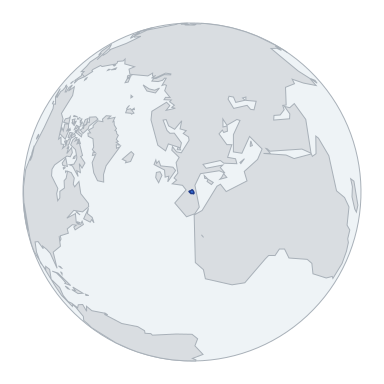 the Earth from above Huesca, rotated 317°
{"feature_id": "ESP-5825", "entity_name": "Huesca", "entity_type": "Autonomous Community", "adm_level": 1, "iso_a3": "ESP", "parent_name": "Spain", "parent_adm1": "", "projection": "orthographic", "projection_center": [-0.025, 42.135], "detail": "fine", "context": "on_globe", "style": "filled", "palette": "blue", "viewbox_px": 384, "rotation_deg": 317, "n_neighbors": 0, "source": "natural_earth", "source_scale": "10m", "svg_char_len": 10641}
<svg xmlns="http://www.w3.org/2000/svg" viewBox="0 0 384 384"><g transform="rotate(317 192 192)"><circle cx="192" cy="192" r="169" fill="#eef3f6" stroke="#a8b0b8"/><path d="M43.1,271.9L42.4,270.6L39.1,263.8L33.4,250.2L26.0,222.6L25.9,218.0L25.2,212.2L27.7,208.8L28.4,196.9L27.9,192.9L26.5,194.1L26.1,178.9L27.7,168.1L36.0,127.6L38.9,120.8L42.3,114.7L61.6,85.6L45.5,108.0L49.9,100.7L56.5,91.3L66.1,80.1L72.3,73.3L85.7,62.1L99.3,55.6L95.1,58.7L98.8,57.1L104.5,53.4L107.2,51.4L127.9,44.0L147.3,36.2L150.9,33.3L152.1,34.7L157.2,29.2L166.2,26.5L157.6,30.0L157.9,30.8L164.8,28.9L166.6,29.4L170.9,29.0L172.5,29.9L167.4,32.3L168.3,33.1L173.1,31.7L177.6,32.1L170.5,33.9L177.7,34.8L170.5,40.0L150.1,45.5L147.6,50.5L130.5,62.3L133.6,62.5L129.0,67.6L130.8,69.9L127.1,71.8L131.8,72.0L134.8,69.9L137.9,69.3L139.2,70.6L134.8,73.1L133.4,72.9L132.8,74.3L130.0,75.1L132.2,75.4L126.6,78.5L134.1,77.4L131.3,81.6L127.0,83.2L125.0,80.4L110.0,78.5L105.1,79.9L100.3,84.4L96.3,97.9L91.9,100.9L87.8,106.8L91.3,106.2L95.8,101.4L101.4,102.1L106.2,96.5L109.2,96.2L115.2,91.9L116.9,95.5L115.4,101.5L110.5,105.3L109.7,108.2L116.5,107.2L109.5,117.4L108.5,129.7L106.4,132.3L98.4,131.9L93.0,124.8L82.6,125.8L92.0,128.3L86.6,135.3L86.8,138.0L88.6,139.7L91.7,138.4L90.4,141.7L80.7,140.0L81.7,137.0L84.8,137.4L82.2,134.3L75.6,133.9L73.4,137.8L65.8,134.2L64.1,137.1L61.5,138.2L64.7,133.7L58.8,141.9L49.5,141.3L41.3,155.8L46.5,140.3L46.6,134.8L45.9,129.8L44.5,132.0L45.6,123.3L43.2,121.5L37.3,129.9L32.9,140.6L32.2,148.9L34.3,146.6L35.1,151.5L29.5,159.8L30.1,171.6L27.2,179.9L26.7,187.6L28.2,191.4L29.4,198.7L31.9,196.9L35.3,199.7L33.6,207.4L36.9,203.6L37.8,210.5L45.6,221.2L44.6,222.1L50.9,240.2L60.5,253.5L62.7,261.1L61.3,263.3L65.3,267.5L65.4,269.7L83.6,285.1L95.0,296.1L96.0,303.2L89.2,306.5L89.3,318.3L78.8,314.0L80.4,317.5L79.5,318.1L71.0,309.9L63.0,301.2L55.7,291.9L49.1,282.1L43.1,271.9ZM38.7,159.9L39.5,177.6L36.7,172.1L37.7,172.1L38.0,166.5L37.7,158.8L35.8,154.5L38.7,159.9ZM44.3,157.4L44.0,154.9L44.6,156.8L44.3,157.4ZM108.2,50.5L104.4,53.3L98.6,56.7L101.6,54.2L108.2,50.5ZM119.4,45.0L118.1,46.3L114.0,47.3L116.0,46.2L119.4,45.0ZM153.1,31.3L149.6,32.5L152.4,31.2L153.1,31.3ZM171.2,28.8L171.7,28.3L173.7,28.3L171.2,28.8ZM113.8,90.3L114.5,91.1L113.0,91.4L113.8,90.3ZM115.8,87.8L113.7,87.6L114.3,86.4L115.6,86.5L115.8,87.8ZM178.0,29.7L181.2,30.0L177.1,30.1L178.0,29.7ZM118.3,88.3L115.7,84.3L116.8,82.3L122.8,81.1L118.3,88.3ZM182.5,30.5L190.4,31.5L192.0,30.5L192.0,34.4L185.3,32.0L179.9,32.1L182.8,31.3L182.5,30.5ZM135.2,68.7L132.0,71.0L133.4,67.9L135.2,68.7ZM135.3,66.9L135.2,59.0L140.6,56.5L139.5,59.5L145.4,55.5L148.1,58.1L145.4,60.9L141.5,62.0L145.5,62.2L135.3,66.9ZM190.7,36.5L191.9,37.3L189.7,37.0L190.7,36.5ZM139.2,68.9L138.7,67.4L143.3,65.1L145.1,67.6L143.1,67.6L139.2,68.9ZM145.7,53.4L149.4,52.2L152.6,54.0L154.5,53.8L148.6,58.0L145.7,53.4ZM142.7,68.7L146.0,69.1L145.0,71.4L140.0,70.2L142.7,68.7ZM143.7,63.4L146.0,62.5L145.3,63.8L143.7,63.4ZM143.5,80.3L142.8,78.3L145.2,76.8L143.5,80.3ZM147.2,69.0L147.5,68.2L148.4,67.5L150.3,68.3L147.2,69.0ZM151.3,59.1L151.8,60.1L153.8,57.4L156.3,58.8L151.9,61.4L154.9,60.9L155.6,61.3L151.2,63.0L151.3,59.1ZM154.7,66.9L150.0,71.0L150.8,74.9L148.7,76.2L147.8,69.8L154.7,66.9ZM153.0,64.4L153.6,66.2L150.8,66.8L148.6,66.0L153.0,64.4ZM159.6,58.9L156.9,56.1L157.9,55.6L159.6,58.9ZM155.5,67.9L156.6,66.9L155.9,68.0L155.5,67.9ZM158.9,61.4L157.9,60.5L159.1,60.0L158.9,61.4ZM159.8,65.8L158.2,67.1L156.7,66.5L159.8,65.8ZM159.8,63.7L161.8,63.3L157.1,65.5L159.2,63.3L159.8,63.7ZM160.3,61.2L160.6,60.5L160.6,61.6L160.3,61.2ZM166.3,67.4L160.8,70.4L157.5,69.0L163.3,66.3L166.3,67.4ZM340.5,111.5L340.8,112.1L344.9,120.4L345.8,122.1L353.7,142.9L353.8,143.6L356.0,151.2L356.9,155.1L355.7,150.2L352.4,141.9L353.9,149.4L352.0,144.7L347.7,140.9L349.0,151.6L352.2,176.0L355.6,189.1L355.4,198.8L347.8,188.3L342.2,177.8L340.8,182.7L331.8,179.2L320.2,192.6L317.4,190.5L315.5,194.7L309.0,195.8L304.2,191.9L300.8,195.1L313.3,205.0L316.8,201.6L318.0,192.5L321.0,197.0L327.1,197.1L324.7,216.5L305.5,244.8L301.7,235.6L276.8,215.3L276.4,211.5L276.2,211.2L275.8,210.6L275.6,217.2L270.6,212.6L286.0,229.1L289.5,237.2L305.3,245.6L304.3,248.0L308.8,248.6L320.7,235.5L321.2,238.9L316.8,258.8L298.5,289.7L299.8,300.1L296.6,310.0L282.8,322.0L281.5,327.4L274.0,332.4L271.9,335.6L264.5,340.7L253.0,346.6L236.1,351.3L237.0,349.4L231.5,346.4L224.7,334.3L231.0,325.9L230.3,319.8L217.9,306.4L220.8,296.8L217.0,293.3L209.4,295.1L204.7,290.7L200.0,290.9L168.7,294.4L158.0,287.2L142.6,264.6L147.4,256.6L146.3,245.9L177.9,210.3L186.8,212.4L214.2,204.8L218.1,205.7L217.3,215.0L239.8,221.4L244.2,212.6L262.2,212.9L272.6,208.3L272.0,190.6L254.9,197.7L249.6,190.9L261.4,178.3L275.9,172.4L274.3,169.6L263.1,167.0L264.4,159.6L259.0,165.6L262.7,167.6L259.4,171.7L255.8,170.1L256.4,167.4L251.4,167.9L249.8,181.1L253.4,184.6L241.7,190.9L246.5,197.4L244.1,201.9L234.9,192.6L234.2,188.3L218.9,179.3L218.5,184.3L233.0,193.3L229.4,193.3L229.0,200.7L226.4,195.0L210.7,184.4L198.7,189.1L187.0,208.0L179.2,209.8L171.1,206.4L171.9,188.3L189.1,186.4L189.6,180.6L183.1,172.5L188.9,172.8L188.4,169.5L194.6,168.5L200.4,159.7L206.2,157.9L205.7,147.7L208.6,145.5L208.1,152.1L210.9,156.0L225.1,152.2L227.0,149.4L225.5,143.2L229.6,143.2L226.3,137.7L233.1,132.9L222.1,134.3L220.0,127.7L222.5,121.4L219.9,119.7L215.7,130.0L215.9,134.0L219.2,136.9L217.8,148.8L213.6,151.7L207.5,140.7L200.7,143.9L198.9,134.5L211.2,111.3L217.7,105.6L234.6,109.0L234.7,113.7L228.7,114.6L236.9,119.4L234.9,116.3L238.3,116.5L237.2,110.7L239.6,110.6L234.5,105.4L237.2,104.7L240.4,107.9L241.1,99.3L246.1,96.6L245.2,94.8L242.7,93.6L250.7,91.2L249.6,90.0L246.6,90.2L242.5,88.1L238.3,83.5L241.3,82.9L243.2,84.5L251.7,87.2L256.3,91.8L257.1,91.2L253.8,87.1L243.4,83.7L240.1,81.1L245.0,82.0L243.0,81.5L242.3,80.1L244.3,78.2L238.9,77.0L226.9,63.6L229.7,59.2L235.4,61.2L230.2,52.5L233.8,49.1L231.0,49.2L226.6,45.7L225.4,46.6L223.7,46.5L211.8,38.9L211.4,37.1L203.1,34.8L201.6,34.9L201.5,36.1L192.0,34.4L192.0,30.5L195.2,30.3L193.0,28.4L200.8,28.2L206.2,27.5L216.0,29.1L219.4,28.7L218.1,28.1L221.8,27.4L233.9,29.1L229.8,30.5L212.8,30.5L220.2,30.5L220.2,31.4L223.9,32.2L229.0,32.3L228.5,31.7L245.2,38.5L260.8,43.3L255.6,39.6L256.5,38.7L269.7,43.0L295.0,58.8L296.4,59.2L299.3,61.5L304.1,65.6L300.1,62.4L301.3,63.9L298.3,61.7L304.6,67.8L300.6,64.9L307.5,71.5L309.4,72.3L305.3,67.6L313.0,75.0L314.0,75.2L316.0,77.2L325.1,88.0L333.3,99.4L340.5,111.5ZM169.7,229.7L169.5,233.1L169.7,229.7ZM293.4,174.2L300.8,169.4L293.9,161.7L296.2,159.3L293.1,157.7L293.4,161.1L285.1,156.3L287.1,150.9L284.4,147.2L281.7,148.7L279.5,159.3L291.4,166.2L291.2,171.5L293.4,174.2ZM45.9,221.5L46.6,224.3L45.2,222.6L45.9,221.5ZM35.1,174.3L35.9,176.9L35.9,179.3L35.1,177.9L35.1,174.3ZM44.4,194.1L45.9,197.3L43.9,195.3L44.4,194.1ZM40.0,180.2L43.2,191.7L39.4,188.6L37.5,181.4L39.5,184.5L40.0,180.2ZM41.5,160.6L41.7,162.7L40.8,163.6L41.5,160.6ZM44.8,158.8L44.5,158.3L44.9,156.4L44.8,158.8ZM87.2,135.4L87.9,135.7L89.2,137.9L87.5,137.9L87.2,135.4ZM101.7,142.5L99.3,147.7L99.8,143.8L97.0,144.6L94.5,137.7L105.2,133.3L100.8,136.4L101.7,142.5ZM94.2,127.9L94.5,132.4L93.7,127.7L94.2,127.9ZM179.3,153.4L182.4,155.3L181.4,159.3L173.9,162.5L175.3,156.7L179.3,153.4ZM186.9,157.2L183.0,146.0L187.4,143.9L185.6,146.9L189.0,146.7L186.9,151.5L195.0,160.9L194.7,165.1L181.2,168.0L185.8,164.6L182.5,162.8L186.9,157.2ZM164.9,124.5L163.3,120.5L175.1,121.0L175.3,124.7L167.9,127.8L163.3,125.3L164.9,124.5ZM129.3,87.4L127.9,86.5L129.2,85.7L131.4,85.8L129.3,87.4ZM143.0,79.4L136.8,90.7L134.8,90.1L133.5,97.8L127.9,99.5L128.9,94.4L123.6,101.7L122.3,97.8L119.3,103.0L122.3,91.4L120.9,88.5L124.6,91.1L129.7,89.5L131.6,87.9L135.7,81.5L135.4,74.8L140.4,72.6L144.1,72.7L145.0,74.0L141.4,75.0L145.2,76.0L140.6,78.4L143.0,79.4ZM184.4,81.1L179.9,80.9L186.6,84.9L182.1,86.7L183.2,87.1L180.9,89.9L180.0,94.1L177.6,94.5L178.2,96.0L176.7,98.1L176.8,100.3L172.6,101.8L172.4,104.8L170.5,103.9L171.3,108.6L168.8,105.8L166.6,108.5L170.2,109.8L147.1,114.2L139.3,118.8L134.2,124.5L130.6,119.3L133.2,111.0L139.0,102.4L147.0,98.9L144.0,97.4L146.9,95.4L148.1,97.4L148.0,93.1L150.7,92.1L155.9,85.5L154.1,80.4L156.0,78.0L158.1,79.5L158.5,76.2L163.7,77.4L165.1,75.9L171.7,75.7L174.8,79.8L176.2,77.7L181.3,77.7L184.4,81.1ZM168.2,67.5L173.0,71.5L172.9,74.6L161.5,73.6L159.5,74.9L152.2,74.8L152.5,70.4L154.5,70.8L156.6,70.2L155.7,71.8L158.0,70.1L160.9,70.7L163.4,69.5L164.3,71.1L168.2,67.5ZM221.0,201.7L223.7,201.5L227.6,200.2L227.4,205.1L221.0,201.7ZM210.2,194.6L212.4,193.6L214.1,199.5L211.3,199.8L210.2,194.6ZM212.2,188.3L212.4,193.1L210.6,190.7L212.2,188.3ZM210.0,151.0L212.2,149.7L213.0,151.1L212.4,153.5L210.0,151.0ZM203.4,94.7L200.8,93.8L201.1,92.9L197.5,88.8L200.5,87.3L203.9,89.2L203.4,94.7ZM269.9,194.7L267.8,199.2L265.8,198.4L267.0,197.0L269.9,194.7ZM247.2,203.1L253.1,203.4L247.1,204.5L247.2,203.1ZM206.1,92.5L204.2,90.9L206.9,91.2L206.1,92.5ZM202.6,86.1L205.4,86.0L200.5,86.7L202.6,86.1ZM317.8,294.5L304.3,314.8L298.5,318.8L299.4,315.5L305.7,304.7L313.0,297.4L317.1,290.5L317.8,294.5ZM356.0,189.7L358.1,194.2L357.7,197.8L356.0,189.7ZM229.3,80.3L231.0,87.4L234.1,92.1L239.1,93.8L232.8,94.6L227.9,87.4L229.3,80.3ZM226.9,65.6L222.5,64.5L223.9,63.2L225.1,63.3L226.9,65.6ZM224.6,66.1L220.3,68.1L217.6,66.4L221.5,65.1L224.6,66.1ZM213.4,79.7L213.6,81.9L211.5,81.5L213.4,79.7ZM275.3,45.0L274.7,44.6L271.1,42.7L271.5,42.9L275.3,45.0ZM273.3,43.9L264.9,40.0L260.7,37.7L261.6,38.0L267.2,40.7L269.1,41.7L273.3,43.9ZM261.6,38.5L263.3,39.6L254.6,38.4L251.7,37.6L256.1,36.8L258.0,37.8L260.9,38.7L261.6,38.5ZM193.2,36.8L192.0,37.2L192.0,36.4L193.2,36.8ZM223.2,47.1L220.9,46.8L220.9,45.7L223.2,47.1ZM214.6,45.3L216.1,46.8L213.2,45.5L214.6,45.3ZM219.7,50.2L216.1,47.5L221.3,49.7L219.7,50.2Z" fill="#d9dde1" stroke="#a8b0b8" stroke-width="1"/><path d="M190.4,189.7L190.5,189.7L190.4,189.7L190.4,189.8L190.5,189.8L190.7,190.0L190.8,190.0L191.0,190.0L191.3,190.0L191.3,189.9L191.5,190.0L191.8,190.2L191.8,190.3L192.0,190.4L192.3,190.3L192.5,190.3L192.8,190.3L193.0,190.4L193.4,190.4L193.5,190.4L193.6,190.5L193.7,190.8L193.6,191.0L193.7,191.4L193.7,191.5L193.6,191.8L193.6,192.0L193.5,192.3L193.4,192.4L193.4,192.5L193.4,192.8L193.2,192.9L193.1,193.0L192.9,193.1L192.9,193.3L192.8,193.5L193.0,193.6L193.0,193.8L192.9,193.9L192.8,194.0L192.6,194.1L192.4,194.1L192.3,194.3L192.1,194.3L192.1,194.2L191.9,194.2L191.8,193.9L191.7,193.8L191.7,193.7L191.4,193.5L191.2,193.3L191.0,193.2L190.9,193.1L190.9,192.9L190.7,192.7L190.3,192.5L190.2,192.4L190.2,192.2L190.3,192.1L190.4,191.6L190.5,191.5L190.4,191.4L190.4,191.2L190.3,191.3L190.3,191.6L190.2,191.6L190.2,191.3L190.2,191.2L190.1,190.9L190.1,190.6L190.1,190.4L190.1,190.2L190.2,189.9L190.3,189.8L190.3,189.7L190.4,189.7Z" fill="#3b82f6" stroke="#1e3a8a" stroke-width="1.5"/></g></svg>